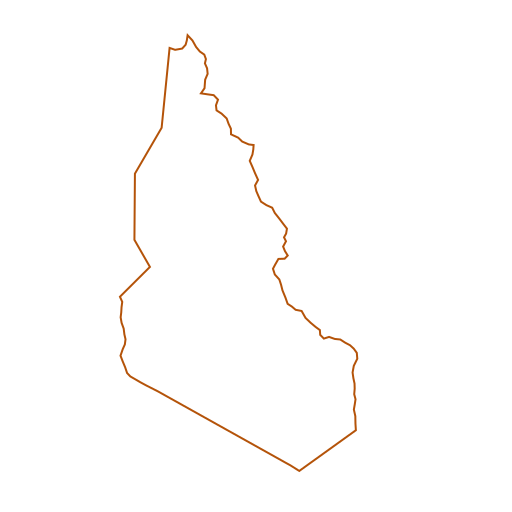 outline of Santa Terezinha do Tocantins, Tocantins, Brazil, rotated 283°
{"feature_id": "56859067B31738575780904", "entity_name": "Santa Terezinha do Tocantins", "entity_type": "district", "adm_level": 2, "iso_a3": "BRA", "parent_name": "Brazil", "parent_adm1": "Tocantins", "projection": "natural_earth1", "projection_center": [-47.719, -6.486], "detail": "fine", "context": "isolated", "style": "outline", "palette": "amber", "viewbox_px": 512, "rotation_deg": 283, "n_neighbors": 0, "source": "geoboundaries", "source_scale": "gbopen_adm2", "svg_char_len": 1602}
<svg xmlns="http://www.w3.org/2000/svg" viewBox="0 0 512 512"><g transform="rotate(283 256 256)"><path d="M455.7,139.7L450.5,140.1L446.0,139.9L441.5,137.4L438.7,130.8L439.3,125.0L359.7,135.2L309.0,119.5L244.4,133.9L221.5,155.1L185.7,132.6L181.2,136.0L175.9,136.5L170.6,137.4L165.8,137.9L160.6,140.1L155.5,143.4L150.0,145.4L145.5,147.6L140.3,148.1L135.2,147.1L128.4,146.4L123.2,149.9L118.2,153.5L113.0,156.7L110.4,160.6L107.0,171.6L105.2,178.1L102.0,191.0L99.2,200.6L61.2,331.5L59.8,336.5L56.3,346.5L108.7,392.5L115.1,390.6L122.3,388.8L128.4,385.9L133.8,385.6L138.8,385.2L143.4,382.8L148.9,382.0L153.9,380.7L158.8,378.4L164.2,376.3L171.0,376.0L178.7,377.8L184.3,376.0L187.7,372.1L190.2,367.7L191.6,362.4L193.6,356.9L192.9,351.4L193.6,345.4L190.8,340.7L193.6,336.3L198.2,334.9L200.3,330.0L203.2,324.3L206.8,318.2L212.7,312.8L212.5,306.7L214.8,302.3L216.5,297.6L222.0,294.1L228.5,289.5L233.6,286.9L238.4,284.0L242.2,278.5L247.4,275.4L251.9,276.6L258.2,278.5L259.8,284.5L263.6,286.8L267.3,283.1L271.3,280.3L277.1,281.9L280.5,279.1L284.6,280.3L289.6,280.0L293.2,275.6L297.4,270.6L302.2,264.6L306.7,260.9L307.9,254.7L310.1,248.6L315.2,244.7L319.3,241.7L324.5,239.2L330.6,240.9L336.5,236.4L342.1,232.4L347.3,228.5L354.1,229.7L359.2,229.4L363.6,228.7L363.1,223.9L364.4,216.8L367.3,212.0L368.9,204.3L374.4,202.9L378.7,199.5L383.4,196.5L387.0,190.4L389.0,184.8L393.8,183.1L399.8,183.8L403.2,178.6L402.6,172.1L402.1,165.8L407.9,168.1L416.4,166.8L422.6,167.9L427.9,166.1L432.2,162.9L436.6,162.9L440.6,160.3L442.6,155.3L446.2,150.6L451.7,145.6L455.7,139.7Z" fill="none" stroke="#b45309" stroke-width="2"/></g></svg>